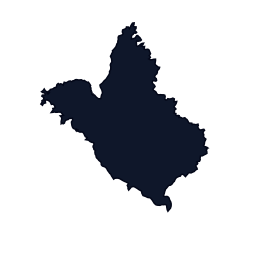 the district of General Carneiro, Paraná, Brazil, rotated 334°
{"feature_id": "56859067B36674538841935", "entity_name": "General Carneiro", "entity_type": "district", "adm_level": 2, "iso_a3": "BRA", "parent_name": "Brazil", "parent_adm1": "Paraná", "projection": "albers", "projection_center": [-51.392, -26.479], "detail": "fine", "context": "isolated", "style": "filled", "palette": "ink", "viewbox_px": 256, "rotation_deg": 334, "n_neighbors": 0, "source": "geoboundaries", "source_scale": "gbopen_adm2", "svg_char_len": 5604}
<svg xmlns="http://www.w3.org/2000/svg" viewBox="0 0 256 256"><g transform="rotate(334 128 128)"><path d="M69.8,56.2L68.2,57.1L66.2,57.5L67.1,59.0L68.3,59.7L68.6,61.3L67.8,61.9L65.4,60.9L64.5,61.6L65.6,63.6L65.1,64.7L64.8,66.1L63.6,65.5L62.5,65.8L62.3,67.0L60.2,68.3L61.1,70.1L61.9,69.4L63.2,69.0L64.9,69.3L65.4,67.5L66.9,66.8L68.1,67.9L68.9,69.1L69.5,70.2L69.5,71.4L69.5,73.2L71.1,73.7L71.6,74.7L71.7,76.2L71.5,77.6L70.4,77.9L69.0,77.5L68.8,78.8L65.8,80.4L67.4,81.0L69.1,81.4L69.9,82.2L71.5,82.9L72.5,83.2L74.5,84.3L74.9,85.4L75.0,87.1L75.5,88.2L73.9,88.0L72.4,87.4L72.7,88.5L73.0,89.6L72.3,90.9L70.8,92.8L69.8,94.9L71.3,94.6L71.5,95.8L73.0,95.7L74.0,94.5L75.4,93.8L76.6,93.8L77.8,94.1L79.3,93.7L81.0,94.3L82.3,94.9L81.8,96.6L79.8,97.8L79.2,99.5L78.7,101.2L78.5,102.8L78.7,104.4L79.9,105.7L80.2,107.7L81.2,106.6L82.2,107.9L81.3,108.7L82.2,109.6L82.9,110.5L84.4,111.2L85.5,111.9L85.9,113.7L85.8,115.7L85.9,117.2L87.1,118.6L86.0,119.5L84.8,119.9L86.0,120.8L87.2,121.6L88.0,123.6L89.3,125.1L90.7,126.1L90.2,128.0L89.0,128.7L88.3,129.7L88.3,131.2L88.0,132.4L88.8,134.1L87.8,134.9L87.3,136.3L87.0,137.6L87.3,138.8L86.7,139.9L86.7,141.1L87.4,143.0L87.6,144.3L88.7,146.7L88.5,148.0L87.9,149.3L88.3,150.9L90.0,152.6L90.7,153.6L91.1,155.3L91.1,157.4L91.4,158.6L91.7,160.7L92.3,162.1L92.2,163.5L92.7,167.7L93.9,167.4L95.3,167.8L97.1,168.7L98.5,170.1L99.7,172.0L100.6,173.3L101.5,174.5L102.7,175.8L103.7,177.2L104.1,178.3L102.2,179.2L102.1,181.1L101.4,182.6L101.4,184.1L103.5,183.2L105.3,182.4L107.7,183.2L109.2,185.4L109.9,186.5L110.8,188.2L112.5,190.7L111.9,192.6L111.9,195.3L113.8,197.2L115.2,199.0L117.5,200.6L118.2,203.5L118.6,207.2L119.4,209.2L120.4,210.1L122.8,211.5L124.9,211.7L126.2,212.5L128.1,213.1L128.8,214.4L128.1,216.3L127.4,218.7L127.4,220.3L128.4,219.8L131.0,218.7L132.5,217.1L133.3,215.6L133.7,214.6L134.0,212.9L133.9,211.8L133.9,210.5L134.2,208.9L133.9,207.7L133.1,206.6L132.1,206.2L131.1,205.9L130.1,205.0L131.0,203.6L132.2,202.4L133.0,201.3L133.8,200.6L134.7,199.5L136.1,199.0L137.4,198.4L138.6,197.8L139.8,197.5L141.1,198.0L142.5,197.8L143.6,197.4L144.4,196.7L146.3,196.2L147.6,195.0L149.1,194.1L150.3,193.8L151.5,193.8L152.9,193.9L154.0,194.2L155.1,193.3L156.4,193.2L157.5,194.3L157.9,195.8L158.4,196.9L159.6,196.2L161.2,195.7L162.4,194.9L163.6,195.1L165.0,196.0L166.5,196.0L168.5,196.1L169.9,195.5L171.1,195.3L172.2,195.3L172.4,194.2L172.3,193.0L172.2,191.9L173.0,191.1L174.2,191.0L175.1,190.4L174.9,188.7L176.5,188.9L177.7,189.2L179.0,188.2L179.4,186.9L180.2,185.8L180.9,184.9L182.7,185.6L184.6,185.5L186.3,185.5L187.8,185.4L188.5,183.7L188.4,182.5L189.4,182.0L189.6,180.8L191.0,181.0L190.5,180.0L189.5,178.9L188.6,178.2L188.2,176.9L189.0,176.4L189.7,175.7L190.3,174.7L191.1,173.7L192.1,173.0L193.1,172.1L192.4,170.7L192.0,169.2L192.6,168.1L193.3,166.9L193.0,165.4L194.7,164.0L195.8,163.6L195.6,162.4L194.2,162.0L192.6,161.8L191.7,161.0L191.2,160.0L191.1,158.6L191.3,157.3L192.3,156.6L192.6,155.2L191.3,155.0L190.0,154.5L188.7,153.4L187.2,153.2L187.5,151.7L186.3,151.0L185.2,150.6L184.9,149.2L184.9,147.7L184.7,146.2L183.9,144.9L183.6,143.7L182.3,143.4L181.2,143.2L180.5,142.2L179.5,141.0L178.5,140.8L179.4,139.4L178.6,138.7L177.3,138.4L176.6,137.2L177.4,136.0L176.0,134.9L177.0,133.6L177.8,132.2L179.4,131.9L179.0,130.4L178.5,129.2L179.4,128.5L180.4,128.1L181.4,127.5L182.5,126.6L183.4,125.5L182.2,125.1L180.8,124.6L181.5,123.5L182.4,122.1L181.4,120.8L179.7,120.7L177.9,120.1L176.6,119.1L175.5,119.7L174.4,119.6L173.7,118.3L174.4,117.1L175.2,116.0L175.4,114.6L174.4,113.7L173.1,113.1L171.9,112.3L170.5,111.8L169.3,111.0L168.9,109.5L168.9,107.8L168.3,106.6L167.6,105.6L167.3,104.1L168.8,103.4L170.5,102.6L170.5,101.1L169.9,99.6L169.6,98.0L170.3,96.9L171.4,96.4L172.4,97.2L173.6,98.1L174.6,97.7L175.0,96.0L174.2,94.1L175.2,92.7L176.6,92.1L177.7,91.9L178.9,90.6L179.4,89.5L180.5,89.0L182.0,88.4L183.0,87.3L181.7,86.3L181.0,84.6L180.3,83.2L180.5,82.0L181.5,80.6L182.4,79.3L182.9,78.2L181.3,77.5L179.3,77.1L177.9,76.5L176.9,75.0L178.0,74.8L179.1,74.3L178.8,72.2L179.8,71.7L180.8,71.1L181.1,67.0L180.4,65.9L177.8,65.0L177.1,64.0L178.6,62.0L176.7,61.3L175.7,60.1L177.8,59.7L179.2,58.6L178.0,58.2L176.6,58.1L173.9,58.8L172.4,58.8L171.8,57.7L173.2,54.3L174.1,53.7L175.0,54.4L177.5,55.1L178.6,54.7L178.3,51.9L177.6,50.4L177.3,49.2L176.3,48.8L173.8,50.2L171.7,50.0L170.0,49.6L171.0,48.0L171.6,46.4L173.6,46.1L174.8,45.2L176.6,46.2L177.7,45.8L177.3,44.6L176.8,43.3L177.7,42.4L178.7,42.2L179.6,40.7L177.9,39.7L177.4,38.4L178.6,37.8L179.6,36.2L178.0,35.7L175.9,37.0L173.9,38.6L172.8,39.3L172.6,37.4L170.9,36.5L170.0,37.6L168.6,37.7L166.2,37.5L165.0,39.2L165.0,41.1L163.4,41.8L162.0,41.6L159.9,41.3L158.9,42.2L158.0,44.3L156.9,45.5L156.4,46.8L155.1,47.4L152.9,49.6L151.3,50.4L149.2,51.3L147.9,51.7L147.5,53.3L146.5,53.6L145.3,54.7L143.7,55.8L143.6,58.4L143.1,60.0L142.2,62.0L141.0,62.3L139.7,63.6L139.3,65.6L138.1,67.8L136.1,69.2L135.5,70.7L134.2,71.8L129.7,74.5L127.1,75.2L125.7,75.9L124.7,76.4L122.7,76.8L121.6,77.1L121.1,79.1L121.2,82.1L120.7,84.7L119.8,86.1L118.7,86.7L117.2,88.7L116.3,89.7L114.2,88.7L113.1,86.6L112.3,83.6L111.0,83.2L111.5,82.2L110.4,81.9L111.3,79.9L110.6,78.9L111.5,78.1L111.4,77.0L112.2,75.9L112.1,74.3L113.0,73.5L112.8,71.1L112.4,69.3L111.4,69.1L110.4,67.6L109.6,66.1L108.3,65.8L107.2,64.2L104.8,63.3L103.1,62.0L101.8,61.5L100.4,61.8L99.1,61.4L97.8,61.7L96.7,60.4L95.2,60.0L93.6,60.2L92.2,60.2L90.7,58.9L89.6,60.0L88.6,61.1L87.8,59.5L86.5,58.6L85.5,59.1L84.8,57.4L83.2,57.8L81.4,59.9L79.3,59.5L78.0,59.9L76.1,59.6L75.0,59.3L74.0,60.1L72.2,60.1L71.6,61.2L72.5,61.8L71.0,62.4L70.6,61.3L70.8,59.6L70.0,58.5L69.8,56.2Z" fill="#0f172a" stroke="#020617" stroke-width="1.5"/></g></svg>